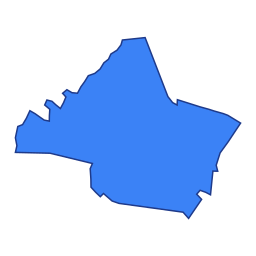 Princesa, Santa Catarina, Brazil
{"feature_id": "56859067B63581322441845", "entity_name": "Princesa", "entity_type": "district", "adm_level": 2, "iso_a3": "BRA", "parent_name": "Brazil", "parent_adm1": "Santa Catarina", "projection": "albers", "projection_center": [-53.626, -26.429], "detail": "fine", "context": "isolated", "style": "filled", "palette": "blue", "viewbox_px": 256, "rotation_deg": 0, "n_neighbors": 0, "source": "geoboundaries", "source_scale": "gbopen_adm2", "svg_char_len": 929}
<svg xmlns="http://www.w3.org/2000/svg" viewBox="0 0 256 256"><path d="M17.8,126.5L16.6,132.1L15.4,137.8L16.9,145.7L15.4,152.4L49.9,153.2L92.4,163.5L90.2,168.7L90.9,179.2L91.0,187.2L95.7,192.3L100.3,196.7L103.5,193.5L107.6,197.1L112.1,201.0L119.0,203.4L183.1,212.2L188.6,218.4L201.6,199.4L196.7,194.2L200.1,190.3L205.7,192.3L210.5,194.8L212.9,171.1L217.7,171.2L216.2,165.2L220.1,152.9L228.1,141.9L240.6,123.1L227.8,115.3L223.3,113.6L214.1,111.0L208.9,109.3L200.2,106.9L177.4,99.7L177.1,105.0L172.6,102.6L167.9,96.6L145.1,37.6L122.4,40.0L121.0,44.9L117.0,50.2L110.9,54.0L108.5,59.2L103.9,62.8L100.1,69.0L94.8,73.4L88.3,75.7L84.6,81.7L80.9,86.8L77.5,93.2L72.0,92.7L66.9,89.7L62.6,93.3L65.9,97.0L63.5,102.8L60.4,108.5L55.8,104.8L52.0,101.3L46.9,100.0L44.7,105.0L49.8,109.3L49.4,115.6L49.3,121.1L44.2,120.1L39.9,117.1L35.1,113.7L29.9,110.7L26.4,118.2L22.6,124.6L17.8,126.5Z" fill="#3b82f6" stroke="#1e3a8a" stroke-width="1.5"/></svg>